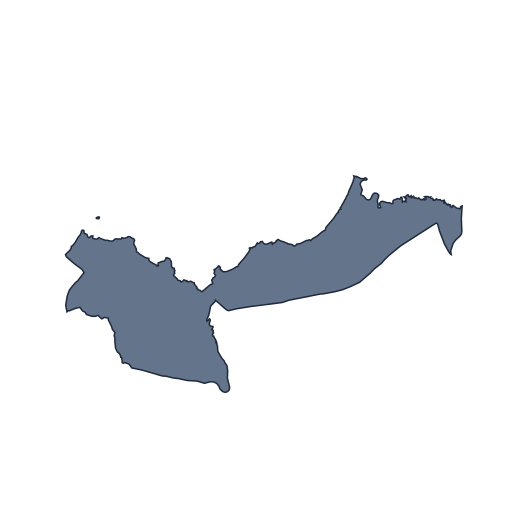 the district of Stueng Hav, Kaôh Kong, Cambodia, rotated 38°
{"feature_id": "14789045B13599773349639", "entity_name": "Stueng Hav", "entity_type": "district", "adm_level": 2, "iso_a3": "KHM", "parent_name": "Cambodia", "parent_adm1": "Kaôh Kong", "projection": "orthographic", "projection_center": [103.692, 10.797], "detail": "fine", "context": "isolated", "style": "filled", "palette": "slate", "viewbox_px": 512, "rotation_deg": 38, "n_neighbors": 0, "source": "geoboundaries", "source_scale": "gbopen_adm2", "svg_char_len": 6143}
<svg xmlns="http://www.w3.org/2000/svg" viewBox="0 0 512 512"><g transform="rotate(38 256 256)"><path d="M286.4,131.3L286.6,131.7L283.7,132.7L285.0,133.6L286.9,138.3L289.4,148.2L290.5,150.8L290.6,153.0L291.5,156.2L291.4,157.6L292.1,159.3L291.8,159.9L292.3,161.0L292.3,162.9L292.8,164.3L292.7,165.6L292.8,166.3L294.0,166.9L293.4,167.3L293.2,168.5L293.5,170.5L294.1,171.1L293.7,171.7L293.6,173.8L294.0,178.3L293.5,190.3L294.6,192.9L293.2,196.3L291.9,202.7L289.9,207.6L289.6,210.2L288.2,210.2L286.9,212.2L286.3,212.5L283.4,218.7L280.7,221.7L280.9,223.1L279.9,224.7L277.6,224.7L274.3,226.3L274.0,226.9L273.0,226.7L268.1,228.1L266.2,229.0L263.4,229.3L262.9,229.8L263.1,230.4L262.5,231.4L263.1,232.3L262.4,234.3L261.6,235.4L261.6,236.7L259.9,235.3L259.2,236.1L259.2,236.8L258.3,237.7L258.3,238.3L257.6,239.4L256.5,240.6L255.4,241.3L253.4,241.2L252.1,240.6L250.7,242.0L251.1,242.6L250.5,244.4L249.8,245.1L249.2,244.8L248.9,245.4L249.4,247.9L249.2,249.4L248.0,251.0L248.2,251.8L246.6,252.8L245.9,253.7L246.2,254.3L246.7,254.1L247.3,254.5L247.8,257.6L248.0,265.2L247.5,273.3L248.2,275.4L247.2,276.6L245.6,280.9L242.5,286.3L240.5,288.1L238.9,288.9L237.9,288.3L236.1,288.7L235.1,287.0L234.3,286.8L233.7,287.1L233.4,286.6L232.8,286.7L232.4,287.2L232.6,287.9L232.1,291.2L231.3,292.5L232.2,293.3L232.8,293.2L233.6,295.5L236.1,296.1L236.3,298.2L235.6,300.1L235.9,300.7L235.9,302.2L238.7,304.3L238.9,304.9L237.7,306.5L235.4,317.5L233.0,317.5L231.0,318.3L230.6,317.8L229.0,317.8L228.9,317.1L228.2,316.8L225.3,316.3L223.6,315.1L223.2,315.6L220.2,316.0L218.0,318.5L217.4,318.5L216.8,318.0L216.5,318.6L215.8,318.5L215.3,318.9L213.9,319.1L213.7,321.4L213.0,322.6L211.4,322.1L209.2,323.2L208.0,322.5L203.3,322.1L202.7,321.8L202.6,319.5L201.3,318.9L201.3,317.8L200.9,317.2L199.5,317.0L199.3,316.2L198.8,316.0L198.4,316.8L196.2,316.5L192.8,312.7L189.6,311.3L186.8,312.2L186.2,312.8L186.7,313.3L186.8,316.6L184.8,318.7L184.2,320.2L183.3,321.2L183.2,321.8L184.0,323.1L185.0,323.5L185.1,324.1L184.1,324.8L182.6,324.5L179.0,325.3L175.1,325.6L173.8,324.9L173.1,323.8L169.9,325.4L163.0,326.2L160.8,325.9L159.2,326.3L157.3,324.1L152.3,321.8L151.3,320.3L150.8,318.5L150.3,318.1L149.0,317.7L147.2,318.3L145.2,318.3L144.0,318.8L143.1,319.8L142.9,321.0L141.4,323.0L139.0,324.2L139.4,325.2L139.2,325.7L135.0,328.8L134.3,329.8L134.1,331.8L133.4,332.9L131.9,334.0L128.8,335.3L128.0,336.2L122.7,338.0L120.8,338.2L120.3,340.6L119.8,341.1L116.6,342.5L115.5,341.9L115.3,340.6L113.7,341.7L113.2,344.3L112.6,344.5L111.8,344.5L109.6,343.1L109.1,343.5L107.9,343.3L106.9,343.9L106.2,343.6L105.0,342.1L104.3,341.9L103.2,342.6L103.1,343.9L103.8,344.9L104.4,347.6L104.3,350.8L105.2,356.8L105.1,360.9L104.5,362.1L105.6,363.7L105.8,366.2L105.0,372.2L107.1,373.4L117.3,373.9L127.1,373.7L130.7,374.9L130.8,385.4L130.1,388.1L129.9,392.6L129.9,397.3L130.3,399.1L132.0,404.0L136.3,411.9L141.4,416.4L141.8,414.5L142.7,414.1L145.9,408.5L148.8,404.9L153.3,406.1L156.1,405.5L158.4,406.5L163.7,404.6L166.3,402.7L168.0,400.1L173.1,400.5L173.7,399.7L173.9,398.3L174.5,397.6L178.0,395.9L178.9,397.2L185.5,400.4L188.1,402.3L188.7,402.2L189.3,402.6L191.9,403.1L193.3,406.2L194.9,407.1L198.1,411.0L202.1,415.1L205.6,416.9L208.4,417.0L209.8,417.5L211.8,419.1L212.6,418.7L215.6,421.6L216.1,422.4L217.5,422.2L218.4,420.7L222.4,419.4L227.1,420.7L236.1,416.2L256.1,408.2L259.3,406.0L265.2,403.4L270.6,400.2L278.5,396.4L286.5,390.9L293.8,388.0L296.8,384.0L298.5,382.4L300.4,381.2L303.6,380.6L307.1,381.5L309.5,383.0L313.0,383.4L315.5,382.5L316.7,381.2L317.3,379.1L317.2,377.5L315.8,375.5L308.7,369.9L304.2,363.7L300.7,360.4L299.5,359.8L297.4,359.4L295.6,358.3L292.0,357.6L284.7,354.7L280.5,350.1L279.3,349.7L278.9,348.8L277.9,349.2L277.5,348.8L277.7,347.9L277.2,347.5L276.6,347.7L275.2,346.5L274.2,346.4L272.0,345.1L271.3,345.7L270.5,345.3L270.1,344.7L269.9,342.7L268.8,342.4L268.4,341.1L267.7,340.9L266.4,341.2L266.0,338.5L265.4,338.0L263.5,339.2L262.0,339.2L261.5,338.8L260.7,337.7L259.5,334.8L258.6,334.1L257.9,334.3L258.0,336.4L257.6,337.5L257.0,337.3L256.4,336.3L255.0,331.2L251.1,323.4L251.8,316.9L251.3,315.8L265.3,316.6L267.7,316.2L268.2,315.8L273.3,309.4L282.6,299.4L305.3,276.5L309.4,270.3L330.6,245.8L331.8,245.0L340.3,235.4L345.3,228.8L349.4,221.7L353.8,213.0L356.6,199.0L357.1,193.6L359.4,184.2L359.6,179.3L360.4,173.7L363.8,158.7L377.5,119.6L378.3,118.9L379.6,119.1L385.0,123.2L396.9,130.4L403.8,133.4L407.5,134.7L408.9,134.6L406.3,132.2L403.6,124.8L403.5,120.6L404.5,114.5L404.3,112.1L403.0,109.8L394.7,100.0L387.6,89.6L387.0,90.8L387.4,90.8L387.6,93.4L386.4,93.6L385.7,94.3L384.4,94.7L380.2,94.8L379.9,95.4L380.4,96.2L380.4,97.0L380.0,97.5L378.4,97.2L378.1,96.2L377.4,96.0L377.0,96.5L375.5,96.8L375.8,97.7L375.4,98.0L371.9,97.2L371.8,98.6L371.0,98.2L370.4,96.3L369.9,96.1L368.9,97.7L368.1,98.3L366.3,98.2L365.0,99.7L362.8,100.0L363.0,101.5L362.6,102.0L361.8,102.1L361.7,102.7L360.8,102.8L360.3,102.1L359.5,101.9L358.6,102.8L357.1,102.7L357.1,102.1L355.9,103.3L354.6,103.4L352.4,105.4L354.0,105.6L355.0,106.2L354.5,106.9L354.6,107.9L353.4,108.1L353.1,107.5L352.8,108.0L352.9,109.0L352.0,109.2L351.3,110.3L348.5,110.0L348.2,111.3L346.1,111.7L345.3,112.9L344.1,112.8L343.7,111.8L343.2,112.0L342.4,114.5L341.6,114.2L341.1,113.1L340.3,115.1L339.3,115.0L338.6,114.2L338.1,114.2L337.6,114.9L337.3,117.4L336.2,118.3L338.0,118.7L339.1,118.0L339.5,119.2L339.4,120.1L339.8,120.6L340.3,120.4L340.9,120.9L338.4,122.1L338.2,123.4L337.7,123.2L335.9,120.7L334.5,120.0L334.0,120.6L334.4,122.1L334.1,122.7L332.3,123.4L330.1,127.2L330.1,128.5L331.4,130.0L331.4,130.6L330.9,131.1L328.4,131.9L326.3,133.3L322.2,134.9L321.0,136.1L320.9,138.2L321.5,139.1L324.2,141.0L324.2,141.6L323.0,142.7L322.2,142.6L320.4,140.1L318.2,138.4L317.0,136.8L316.4,134.5L315.3,132.5L313.7,132.2L312.3,132.4L310.9,133.2L310.2,134.3L310.2,136.2L311.1,140.0L311.0,141.6L309.8,142.7L308.2,143.4L303.9,142.5L301.5,143.1L300.4,142.8L299.9,140.6L298.8,138.3L293.7,135.3L293.1,132.9L293.5,131.0L294.7,129.2L296.0,128.5L296.3,127.4L295.7,126.9L294.5,126.9L293.9,127.3L293.1,128.9L290.8,130.5L286.4,131.3ZM107.1,324.7L109.2,323.5L108.9,322.0L108.2,321.8L107.7,322.3L106.6,324.0L107.1,324.7Z" fill="#64748b" stroke="#1e293b" stroke-width="1.5"/></g></svg>